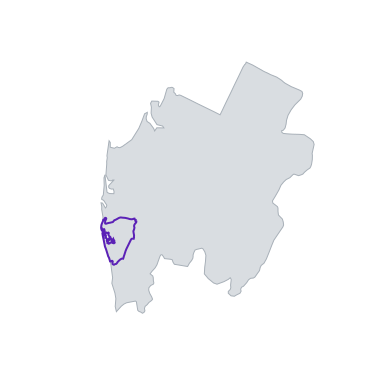 Ndougou, Ogooué-Maritime, Gabon (highlighted), rotated 26°
{"feature_id": "22940354B74005862204828", "entity_name": "Ndougou", "entity_type": "district", "adm_level": 2, "iso_a3": "GAB", "parent_name": "Gabon", "parent_adm1": "Ogooué-Maritime", "projection": "equal_earth", "projection_center": [10.09, -2.451], "detail": "fine", "context": "in_parent", "style": "outline", "palette": "violet", "viewbox_px": 384, "rotation_deg": 26, "n_neighbors": 0, "source": "geoboundaries", "source_scale": "gbopen_adm2", "svg_char_len": 6951}
<svg xmlns="http://www.w3.org/2000/svg" viewBox="0 0 384 384"><g transform="rotate(26 192 192)"><path d="M249.1,57.7L249.0,60.9L246.3,68.6L245.1,74.6L244.7,80.9L245.5,86.0L246.8,89.7L247.6,93.7L247.0,96.4L245.7,97.6L246.6,99.0L248.5,99.3L251.8,98.1L256.9,96.0L263.5,93.0L267.9,91.3L275.1,92.3L278.9,93.5L280.9,95.7L283.1,104.8L284.1,106.2L285.9,110.1L287.3,114.7L287.6,117.1L287.5,118.8L286.0,121.3L284.4,125.0L283.8,127.3L282.4,128.9L280.6,130.6L275.8,131.2L275.1,132.2L273.7,136.2L271.2,139.5L270.0,142.7L269.0,146.9L269.2,152.1L268.7,159.6L268.2,164.7L269.5,166.5L275.2,167.7L276.3,168.7L277.9,171.9L279.8,174.8L285.1,176.7L287.2,179.0L288.8,181.5L289.0,183.5L287.8,191.7L286.7,199.5L287.1,205.5L287.6,211.2L288.2,219.5L287.9,224.5L286.4,227.6L286.4,230.0L287.1,233.0L285.8,241.0L284.9,242.4L282.5,243.9L281.3,246.1L280.9,249.5L279.6,254.1L278.3,255.8L278.3,258.0L279.6,259.6L279.5,262.0L277.2,264.9L275.8,267.1L272.6,268.2L269.0,267.1L268.2,265.4L269.1,262.9L268.8,260.9L267.5,258.8L265.6,253.4L263.9,252.3L263.0,254.5L260.0,258.6L254.9,263.9L251.3,264.3L244.6,262.7L239.0,260.2L236.4,254.0L234.7,248.9L232.3,242.9L229.7,240.1L226.8,238.3L225.5,238.2L221.4,241.5L220.2,242.8L220.2,245.6L220.6,248.2L221.2,249.4L221.8,251.1L221.7,253.7L220.9,257.1L220.7,260.9L207.8,264.7L205.6,263.3L204.0,261.6L202.1,261.9L196.5,263.9L194.5,262.5L192.4,261.5L191.5,262.3L191.4,264.0L192.4,272.9L192.1,276.4L190.8,280.8L190.2,283.9L193.6,284.7L194.8,286.1L196.0,288.4L197.6,290.5L197.7,291.7L195.9,294.1L195.2,297.0L196.1,299.2L198.4,301.6L201.8,304.0L203.5,305.6L203.3,307.1L201.7,310.2L201.1,312.9L200.0,315.3L200.3,317.5L201.8,319.5L201.6,321.3L200.6,322.7L198.5,322.4L196.7,322.6L195.1,322.1L190.1,315.0L189.0,314.8L181.8,320.2L180.0,322.5L178.5,325.7L176.5,332.7L173.2,328.6L170.3,321.2L167.0,316.6L160.0,309.2L158.2,303.8L150.2,291.8L138.7,279.9L130.5,269.5L129.2,267.2L130.6,267.4L138.6,272.6L139.7,272.0L140.6,270.9L137.2,268.2L133.9,266.0L130.8,264.7L127.7,264.8L125.9,262.6L124.8,259.3L124.2,256.4L122.9,253.4L118.5,247.3L117.4,244.9L115.0,241.6L116.5,241.2L121.2,244.3L121.6,243.1L121.2,241.2L116.4,238.3L113.9,238.1L113.3,236.0L113.6,233.6L110.2,224.6L106.7,217.9L106.2,214.7L115.7,229.4L116.9,229.6L118.6,229.5L122.5,227.8L121.8,225.9L120.0,223.8L118.3,224.7L116.1,224.9L114.9,224.1L114.4,222.6L116.6,215.5L115.6,215.8L114.9,217.1L113.7,217.7L111.8,218.1L107.1,214.3L103.0,204.0L101.9,201.9L100.8,198.3L99.7,196.8L95.0,182.3L96.8,183.3L98.9,187.6L103.1,186.7L104.8,184.2L106.2,184.3L107.7,183.8L109.5,181.5L114.9,171.4L116.3,158.1L115.9,150.3L115.1,142.5L116.9,140.0L117.6,141.6L117.9,144.4L118.8,146.4L120.7,148.3L124.2,148.8L129.7,151.7L131.7,153.5L132.2,149.8L138.6,146.7L136.7,145.6L131.0,146.8L123.3,142.1L120.7,139.1L118.3,133.5L115.9,130.5L116.0,127.9L121.6,125.4L123.0,125.7L123.6,128.6L125.1,129.8L125.7,129.4L125.9,126.9L126.0,120.2L124.3,110.6L124.8,108.8L126.3,108.1L127.7,106.9L128.6,106.6L130.5,106.9L131.4,109.1L131.9,110.3L133.8,110.9L135.4,112.1L136.7,111.7L137.9,110.4L139.5,110.1L144.5,110.1L149.1,110.1L158.3,110.2L167.4,110.2L176.5,110.2L183.4,110.3L183.4,104.8L183.3,96.3L183.3,86.3L183.2,76.8L183.2,67.9L183.1,57.4L183.5,54.4L184.0,53.2L183.8,51.5L190.9,51.3L203.7,52.1L209.3,52.0L210.8,52.1L217.8,51.6L223.5,52.3L225.9,53.0L228.0,53.4L234.8,53.8L243.7,53.3L246.7,53.4L248.3,54.9L249.1,57.7Z" fill="#d9dde1" stroke="#a8b0b8" stroke-width="1"/><path d="M159.3,282.2L159.3,281.6L159.2,280.8L159.0,280.2L158.9,279.4L158.8,278.5L158.7,277.6L158.5,276.6L158.4,275.5L158.2,274.6L158.1,273.3L158.0,272.0L158.0,270.2L158.0,264.3L158.0,263.5L158.0,262.9L158.0,262.0L158.1,261.2L158.2,260.7L158.6,260.2L159.0,260.0L159.7,259.7L160.1,259.6L160.0,259.0L159.9,258.6L159.7,258.0L159.4,257.6L159.2,257.1L159.0,256.5L158.6,255.9L157.4,254.3L157.0,253.7L156.6,253.1L156.4,252.5L156.4,251.7L156.3,251.1L156.2,250.3L156.0,249.7L155.8,249.1L155.5,248.8L155.2,248.5L154.9,248.0L154.7,247.5L154.6,246.9L154.6,246.3L154.7,245.6L154.9,244.9L155.0,244.5L155.1,243.8L155.1,243.3L154.8,242.8L154.5,242.9L154.2,243.1L153.7,242.7L153.5,241.8L153.2,241.9L152.6,241.8L152.3,241.5L152.0,241.1L151.7,241.2L151.3,241.6L150.9,242.1L150.7,242.2L150.3,242.6L149.9,242.9L149.3,243.1L148.8,243.3L147.9,243.6L146.0,243.9L143.5,244.5L142.6,244.8L141.4,245.3L140.6,245.6L139.1,246.1L138.6,246.5L138.1,246.9L137.5,247.6L136.5,249.1L135.4,250.6L134.8,251.2L134.5,251.6L134.4,252.4L134.2,252.9L134.0,253.7L133.7,254.0L133.0,254.5L132.0,255.4L131.4,255.8L131.0,256.1L130.6,256.4L130.2,256.7L129.7,257.2L129.3,257.5L129.2,257.7L128.9,258.0L128.4,258.3L128.0,258.4L127.7,258.3L127.5,257.9L127.3,257.6L127.0,257.0L126.8,256.4L126.7,255.7L126.7,254.8L126.7,254.1L126.6,253.5L126.3,253.2L125.8,253.1L125.3,253.3L125.2,253.6L125.0,254.4L125.0,254.8L125.0,255.5L124.8,256.0L124.5,256.1L124.7,257.0L124.8,258.7L124.9,260.6L125.1,261.5L125.3,262.2L125.6,263.0L125.8,263.6L126.2,264.3L126.5,264.7L126.9,265.2L127.2,265.5L127.6,265.9L127.8,266.0L127.7,265.6L127.3,265.2L127.1,264.6L127.0,264.3L127.6,264.8L127.9,265.4L128.2,265.9L128.6,266.4L129.1,266.8L129.3,266.4L129.3,265.9L129.2,265.3L128.9,264.5L129.0,264.1L129.4,263.9L129.7,264.1L129.9,264.6L129.9,264.9L130.3,265.2L130.7,265.6L130.5,265.9L130.0,266.2L129.8,266.7L129.8,267.2L130.1,267.6L130.5,268.1L130.8,268.1L131.7,267.6L132.2,267.0L132.8,266.2L133.3,265.9L133.8,266.1L134.3,265.9L134.5,265.6L134.7,265.2L135.1,265.3L135.3,265.7L135.5,266.4L135.7,267.2L136.3,267.7L136.9,267.9L137.3,268.0L138.0,268.1L138.4,268.3L138.8,268.7L138.7,269.1L138.4,269.3L137.9,269.4L137.8,269.8L137.8,270.5L137.9,271.2L138.1,271.6L138.4,271.7L138.6,271.5L139.1,270.7L139.3,270.2L139.5,269.6L139.8,269.4L140.4,269.6L140.8,270.0L141.1,270.6L141.5,271.3L141.9,271.6L142.3,271.3L142.2,270.6L141.9,269.8L141.9,268.8L142.2,269.1L143.0,269.5L143.5,269.8L143.8,270.2L143.9,270.8L144.1,271.1L144.7,271.5L144.4,272.2L144.1,272.4L143.7,272.5L142.9,272.6L142.2,272.6L141.6,272.7L141.2,273.0L140.9,273.3L140.6,273.8L140.5,274.3L140.1,274.7L139.8,275.0L139.6,275.0L139.4,274.4L139.0,274.5L138.5,274.9L138.3,274.9L138.2,274.4L138.2,273.7L138.1,273.1L137.7,273.0L137.1,273.5L136.8,273.2L136.7,272.9L136.6,272.3L136.4,271.9L136.0,271.4L135.6,271.2L135.0,270.9L134.7,271.0L134.2,271.1L134.1,270.5L134.1,269.8L133.9,269.4L133.4,269.5L133.3,269.2L133.4,268.7L133.6,267.8L133.1,268.4L132.8,268.9L132.4,269.4L131.6,269.6L130.9,269.5L130.4,268.9L129.9,268.0L129.5,267.9L129.6,268.5L130.1,269.2L131.2,270.7L133.4,273.5L135.8,276.7L137.6,279.1L140.0,281.3L141.1,282.5L143.2,284.7L144.7,286.4L146.5,287.7L148.8,290.3L149.2,290.2L149.5,290.0L149.7,289.6L149.9,289.2L150.3,288.9L150.7,288.9L151.0,289.0L151.3,289.3L151.4,290.0L151.7,290.8L151.9,291.1L152.3,291.6L152.6,291.6L153.3,291.7L153.7,291.6L154.1,291.2L154.3,290.8L154.5,290.5L154.8,290.3L155.2,290.0L155.4,289.8L155.6,289.2L155.8,288.4L155.8,287.5L156.1,286.8L156.4,285.8L156.8,284.8L157.1,284.1L157.5,283.5L157.9,282.9L158.2,282.6L158.7,282.3L159.3,282.2Z" fill="none" stroke="#5b21b6" stroke-width="2"/></g></svg>